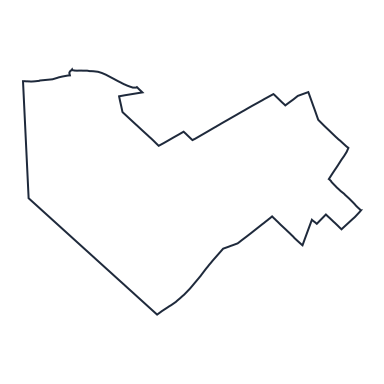 Comuna 9, Ciudad de Buenos Aires, Argentina
{"feature_id": "61730980B27244915898287", "entity_name": "Comuna 9", "entity_type": "district", "adm_level": 2, "iso_a3": "ARG", "parent_name": "Argentina", "parent_adm1": "Ciudad de Buenos Aires", "projection": "mercator", "projection_center": [-58.49, -34.654], "detail": "fine", "context": "isolated", "style": "outline", "palette": "slate", "viewbox_px": 384, "rotation_deg": 0, "n_neighbors": 0, "source": "geoboundaries", "source_scale": "gbopen_adm2", "svg_char_len": 3818}
<svg xmlns="http://www.w3.org/2000/svg" viewBox="0 0 384 384"><path d="M157.1,314.6L157.5,314.3L157.6,314.2L157.8,314.1L159.6,312.8L160.3,312.3L161.9,311.1L166.5,308.1L167.3,307.6L169.2,306.3L171.1,305.2L174.0,303.2L175.0,302.5L176.0,301.8L176.7,301.1L178.2,299.8L179.9,298.4L182.3,296.2L184.1,294.7L189.7,288.9L190.4,288.1L197.1,280.1L200.7,275.8L201.4,274.8L205.5,269.4L206.7,267.9L207.8,266.6L208.7,265.4L209.6,264.3L210.5,263.3L212.6,260.7L213.3,259.9L217.7,254.9L223.1,248.7L223.6,248.5L228.4,246.8L231.5,245.6L231.9,245.5L237.6,243.4L238.3,242.9L240.5,241.2L241.1,240.7L242.0,240.0L246.4,236.7L250.8,233.3L255.1,229.9L259.4,226.5L262.3,224.2L263.8,223.1L264.9,222.2L265.5,221.7L267.2,220.4L268.1,219.7L268.5,219.3L268.9,219.0L269.5,218.6L272.1,216.4L274.1,218.4L274.7,218.9L276.5,220.7L277.5,221.6L280.6,224.7L286.3,230.0L287.1,230.8L289.9,233.4L290.1,233.6L291.4,234.9L293.2,236.6L293.8,237.3L294.3,237.9L297.1,240.5L300.3,243.4L302.1,245.0L302.5,245.3L304.9,238.7L308.4,229.2L311.1,221.9L311.9,219.8L312.4,220.3L314.1,221.6L315.3,222.5L316.2,223.3L316.8,223.8L325.9,214.5L328.2,216.7L329.9,218.2L330.5,218.8L332.3,220.5L332.6,220.8L333.3,221.5L335.0,223.0L335.3,223.3L337.8,225.7L338.8,226.7L339.4,227.3L339.7,227.6L341.4,229.2L341.5,229.3L343.3,227.6L353.0,218.7L353.6,218.2L354.8,217.1L355.0,216.9L355.3,216.6L356.7,215.1L359.5,212.1L361.0,210.3L360.9,210.3L358.5,208.1L357.5,207.2L356.6,206.3L355.8,205.5L355.7,205.4L355.0,204.5L353.1,202.5L352.3,201.7L350.8,200.2L350.7,200.1L350.5,199.9L349.1,198.5L345.8,195.5L345.1,194.9L344.7,194.4L343.9,193.6L340.7,191.1L338.7,189.2L336.7,187.4L335.5,186.1L334.7,185.3L332.1,182.6L331.7,182.1L331.4,181.8L330.9,180.9L329.2,179.3L329.1,179.1L328.9,179.0L330.0,177.3L332.5,173.4L334.1,171.0L334.9,169.8L335.3,169.2L335.8,168.5L337.4,166.1L341.6,159.5L344.1,156.0L346.7,151.8L348.4,147.9L348.2,147.7L347.6,147.3L346.4,146.4L343.0,143.3L340.2,140.7L339.4,140.1L338.4,139.3L336.7,137.7L335.9,137.0L330.5,131.8L329.8,131.1L324.3,125.9L318.3,119.9L318.0,119.2L315.1,110.9L314.8,110.1L314.6,109.5L312.8,104.6L312.5,103.7L310.7,98.7L308.7,93.1L308.3,92.1L303.0,94.0L297.8,95.9L293.3,99.5L288.9,102.7L285.3,105.4L284.3,104.4L281.9,102.2L278.0,98.4L274.3,94.8L273.4,94.1L266.1,98.1L264.4,99.0L262.4,100.2L259.3,101.9L257.9,102.7L252.4,105.7L247.5,108.5L244.1,110.5L242.8,111.2L240.7,112.4L239.7,113.0L238.6,113.6L237.1,114.5L232.7,117.0L228.7,119.3L227.5,120.0L224.3,121.8L220.3,124.1L219.9,124.4L216.9,126.1L216.6,126.3L215.8,126.8L215.2,127.1L213.8,127.9L210.2,130.0L206.8,132.0L200.4,135.7L194.7,139.0L194.3,139.2L194.1,139.2L193.6,139.5L192.5,140.1L192.0,139.7L187.1,135.0L185.9,133.8L183.6,131.7L178.6,134.6L173.6,137.4L168.6,140.3L163.7,143.1L158.7,145.8L156.1,143.3L153.7,140.9L151.3,138.6L148.8,136.4L148.2,135.8L142.5,130.6L136.8,125.3L136.2,124.8L131.0,120.0L125.3,114.7L122.6,112.2L122.4,111.7L121.3,106.5L120.0,100.7L119.2,96.9L119.1,96.3L124.6,95.3L142.4,92.4L142.1,92.1L140.2,90.3L139.2,89.4L136.9,87.1L136.2,87.6L135.6,87.6L132.9,87.6L129.9,86.6L127.2,85.6L124.5,84.4L123.7,84.1L123.2,83.8L121.6,83.0L121.5,82.9L118.3,81.3L115.1,79.6L114.6,79.3L114.4,79.2L112.5,78.2L110.6,77.2L109.3,76.5L108.9,76.3L105.5,74.5L105.4,74.5L102.6,73.3L101.9,73.0L98.1,71.8L95.6,71.5L92.9,71.2L89.6,71.1L87.3,70.7L86.1,70.7L80.4,70.6L79.4,70.6L79.0,70.6L78.6,70.6L77.7,70.7L76.8,70.7L76.5,70.7L76.0,70.6L74.8,70.6L74.6,70.5L73.8,70.4L72.9,70.3L72.4,70.1L72.1,69.4L71.6,70.1L71.4,70.4L70.7,70.6L69.7,71.9L69.3,73.0L69.5,73.6L69.9,75.4L68.3,75.5L68.0,75.5L62.0,76.6L58.6,77.4L57.5,77.8L52.8,79.2L52.5,79.3L46.2,79.9L39.9,80.5L39.1,80.9L37.6,81.0L35.9,81.2L34.9,81.3L33.7,81.4L32.0,81.5L31.2,81.5L30.3,81.5L29.4,81.4L28.3,81.4L27.9,81.3L26.8,81.3L26.0,81.3L25.8,81.3L24.9,81.2L23.4,81.2L23.0,81.2L28.5,195.6L28.6,198.2L157.1,314.6Z" fill="none" stroke="#1e293b" stroke-width="2"/></svg>